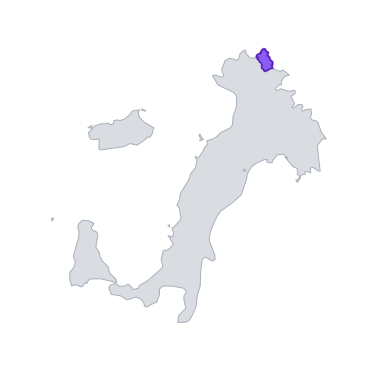 Valle d'Aosta, Aoste, Italy shown in context, rotated 76°
{"feature_id": "23120603B46910528128522", "entity_name": "Valle d'Aosta", "entity_type": "district", "adm_level": 2, "iso_a3": "ITA", "parent_name": "Italy", "parent_adm1": "Aoste", "projection": "orthographic", "projection_center": [7.355, 45.727], "detail": "fine", "context": "in_parent", "style": "filled", "palette": "violet", "viewbox_px": 384, "rotation_deg": 76, "n_neighbors": 0, "source": "geoboundaries", "source_scale": "gbopen_adm2", "svg_char_len": 7040}
<svg xmlns="http://www.w3.org/2000/svg" viewBox="0 0 384 384"><g transform="rotate(76 192 192)"><path d="M75.0,83.9L77.0,85.2L85.0,82.5L89.8,84.0L93.8,81.4L96.3,77.3L95.7,74.2L101.9,69.3L102.7,74.9L106.2,78.6L109.7,79.5L108.9,81.7L112.4,86.3L113.8,85.8L114.2,85.0L113.3,81.1L117.9,73.4L117.9,68.2L118.8,67.6L121.1,67.9L123.2,72.8L131.0,71.0L133.9,74.6L135.1,73.9L132.8,67.5L133.6,64.3L135.7,63.6L137.2,65.1L140.3,65.4L140.3,63.5L139.5,62.2L140.3,56.6L144.8,57.0L147.6,58.8L150.7,58.7L153.2,54.1L155.2,52.9L165.3,52.1L172.5,49.0L173.2,49.6L172.0,51.7L172.5,53.1L177.4,59.3L202.7,62.6L202.4,64.2L197.4,68.6L197.1,70.2L198.0,71.5L202.1,72.2L199.6,76.2L199.8,77.7L202.0,77.7L202.0,82.4L204.8,83.6L208.1,87.4L205.1,88.4L206.3,87.2L203.0,83.5L199.9,85.4L194.8,84.1L191.7,88.0L180.4,93.5L182.3,91.3L181.4,91.3L177.3,94.3L176.7,100.1L180.4,105.5L183.0,107.3L182.1,110.8L180.6,112.2L178.5,111.4L178.1,114.5L179.7,122.5L181.8,128.1L188.1,134.1L192.5,135.8L206.4,144.6L212.0,155.0L217.3,168.3L221.2,173.1L229.1,179.7L236.2,184.4L242.7,187.0L259.0,185.2L263.2,186.0L263.9,188.2L263.3,189.8L258.8,194.1L258.8,197.2L261.4,199.0L273.1,203.4L285.0,206.7L293.4,211.8L303.9,215.6L312.7,222.4L315.9,226.1L316.9,229.2L315.6,235.0L314.9,237.4L308.9,235.0L303.3,226.2L293.3,225.8L290.3,224.6L288.3,221.9L285.2,222.0L283.2,223.8L278.7,233.3L276.6,241.2L276.7,244.3L278.6,247.2L283.6,248.3L290.3,252.9L291.3,259.6L292.8,263.3L291.4,265.7L288.2,265.5L284.1,267.4L281.4,270.2L280.4,272.6L281.0,281.1L275.7,286.1L271.7,295.1L264.5,295.9L262.5,293.5L262.1,289.6L263.1,287.1L265.7,285.7L267.0,280.6L266.1,277.0L267.0,275.3L272.5,272.3L272.3,267.3L269.9,265.2L267.3,256.4L258.6,239.6L256.1,238.1L250.0,238.3L242.3,234.3L241.7,232.4L242.7,230.4L241.7,228.0L239.1,223.7L237.4,222.8L228.7,225.5L230.9,221.7L227.5,219.7L222.0,220.2L221.9,218.6L217.5,211.7L214.6,209.0L204.4,208.3L201.2,209.8L195.9,205.6L191.3,204.2L179.0,191.9L173.3,188.3L169.5,182.8L162.3,179.4L159.2,180.4L158.4,179.7L160.0,178.5L159.5,176.4L154.6,170.9L151.8,169.2L149.7,165.7L145.7,165.0L145.6,158.4L143.9,153.8L141.2,149.9L139.4,140.6L138.2,138.0L135.3,136.0L128.9,134.0L119.9,128.2L109.5,125.5L105.2,127.7L94.5,140.9L84.2,144.0L84.0,141.3L87.9,135.2L87.1,132.9L80.7,133.7L72.4,128.1L71.3,123.3L73.6,118.6L75.0,117.6L74.3,114.5L69.3,111.8L67.3,107.7L67.1,106.3L68.4,105.6L71.4,105.9L76.0,103.0L77.3,99.1L70.5,89.0L70.7,87.0L75.0,83.9ZM184.2,137.0L184.4,134.5L182.3,136.1L183.0,137.2L184.2,137.0ZM261.7,287.1L254.2,301.3L252.0,310.5L252.6,313.9L255.3,316.1L254.2,317.2L257.2,321.1L257.3,322.3L253.7,327.4L254.0,331.6L246.5,331.7L240.3,329.8L236.9,325.3L234.4,323.5L231.7,322.2L226.5,322.7L224.1,321.9L209.6,313.5L204.1,311.4L197.8,311.2L195.2,309.3L193.0,305.3L195.1,298.7L198.9,294.8L202.8,298.7L205.9,297.1L206.0,295.8L208.2,294.0L211.0,293.8L222.3,298.7L227.8,296.6L233.0,296.8L237.7,295.6L243.6,291.7L250.8,291.4L258.7,286.8L261.7,287.1ZM129.3,223.4L133.3,233.9L130.0,240.4L131.5,247.4L129.0,271.0L127.4,271.8L118.1,269.2L117.5,274.7L116.3,276.9L114.5,278.3L109.4,278.0L104.3,270.4L103.8,262.8L104.8,260.5L104.9,256.1L106.8,255.8L106.9,252.8L105.8,251.2L103.9,250.7L103.9,247.4L105.2,244.8L105.1,240.3L102.5,234.6L99.0,230.4L99.7,223.2L102.6,225.0L107.0,224.8L112.2,222.0L120.6,213.3L121.8,214.8L125.4,216.1L128.9,219.7L127.6,222.1L129.3,223.4ZM143.4,168.1L144.2,169.8L144.0,172.1L142.3,170.8L138.1,171.5L137.7,170.3L142.7,169.1L143.4,168.1ZM105.7,274.2L104.5,277.0L103.1,273.4L103.3,272.9L105.7,274.2ZM102.2,217.9L100.3,220.9L99.3,220.8L101.7,217.4L102.2,217.9ZM186.0,335.0L183.5,334.5L183.4,333.2L185.3,333.3L186.0,335.0ZM220.4,222.3L218.5,223.3L218.5,221.9L220.4,222.3Z" fill="#d9dde1" stroke="#a8b0b8" stroke-width="1"/><path d="M91.3,84.1L91.2,84.1L90.7,84.0L90.6,83.9L90.4,83.9L90.3,84.0L90.2,84.0L89.9,84.1L89.9,83.9L89.6,83.8L89.4,83.6L89.0,83.5L88.9,83.7L88.8,83.8L88.8,84.0L88.5,84.0L88.3,83.8L88.3,83.7L88.2,83.7L88.3,83.6L88.3,83.4L88.1,83.1L87.9,83.1L87.7,83.0L87.6,82.8L87.6,82.7L87.3,82.5L87.2,82.6L86.9,82.7L86.5,82.6L86.3,82.7L85.9,82.7L85.8,82.4L85.7,82.2L85.4,82.2L85.2,82.2L85.1,82.3L85.0,82.5L85.1,82.9L85.1,83.0L84.9,83.0L84.7,83.0L84.6,82.9L84.4,83.0L84.2,82.9L84.1,83.0L83.8,83.2L83.7,83.3L83.7,83.5L83.4,83.7L83.1,83.8L82.9,84.1L82.5,84.4L82.3,84.3L82.2,84.4L82.2,84.5L81.9,84.7L81.6,84.5L81.4,84.4L81.2,84.2L80.9,84.3L80.7,84.3L80.7,84.2L80.4,84.2L80.2,84.0L79.9,84.6L79.7,84.7L79.5,85.0L79.4,84.9L79.2,84.9L78.9,84.9L78.7,84.9L78.7,85.1L78.5,85.3L78.4,85.3L78.4,85.5L78.2,85.8L78.1,85.7L77.9,85.7L77.7,85.4L77.6,85.2L77.3,85.3L77.2,85.4L77.1,85.5L76.9,85.7L76.8,85.8L76.6,85.8L76.4,85.7L76.4,85.4L76.2,85.1L76.0,84.9L75.9,84.8L75.8,84.6L75.8,84.4L75.7,84.3L75.6,84.2L75.4,84.0L75.2,84.0L74.9,84.2L74.8,84.4L74.7,84.5L74.6,84.8L74.7,85.0L74.5,85.3L74.4,85.5L74.1,85.5L73.7,85.7L73.5,85.9L73.4,86.0L73.2,86.1L72.9,86.2L72.9,86.3L72.7,86.2L72.3,86.0L72.2,86.0L72.1,86.3L71.9,86.5L71.5,86.2L71.3,86.3L71.1,86.3L71.0,86.5L70.9,86.7L70.8,86.8L70.7,86.9L70.9,87.1L70.9,87.3L70.9,87.5L70.7,87.6L70.7,87.9L70.7,88.0L70.8,88.2L70.7,88.3L70.8,88.5L70.7,88.6L70.8,88.8L70.7,88.8L70.8,88.9L70.9,89.0L71.0,89.1L70.9,89.3L70.8,89.5L71.0,89.7L71.0,89.8L71.2,90.0L71.3,90.1L71.5,90.4L71.8,90.6L72.0,90.7L72.1,90.8L72.2,90.7L72.4,90.8L72.6,90.7L72.7,90.9L72.7,91.0L72.8,91.2L72.9,91.3L72.9,91.5L73.2,91.7L73.3,91.6L73.7,91.5L73.7,91.4L73.9,91.5L74.0,91.6L74.3,91.7L74.4,91.8L74.5,91.9L74.5,92.0L74.4,92.2L74.2,92.3L74.2,92.5L74.1,93.0L74.1,93.3L74.4,93.6L74.4,93.8L74.3,94.0L74.4,94.5L74.3,94.9L74.4,95.0L74.6,95.2L74.6,95.3L74.5,95.6L74.9,95.8L75.2,95.9L75.4,95.8L75.5,95.9L75.5,96.1L75.4,96.1L75.4,96.3L75.4,96.5L75.6,96.5L75.9,96.5L76.0,96.5L76.4,96.6L76.5,96.7L76.7,96.1L76.8,96.0L76.8,95.9L76.9,95.6L77.0,95.4L77.2,95.5L77.3,95.5L77.2,95.7L77.3,95.9L77.2,96.0L77.3,96.4L77.5,96.2L77.8,96.3L78.1,96.2L78.4,96.3L78.5,96.4L78.6,96.5L78.8,96.6L79.0,96.5L79.0,96.4L79.1,96.2L79.3,95.9L79.5,95.8L79.7,95.7L79.7,95.4L80.0,95.4L80.4,95.3L80.8,95.4L81.0,95.2L81.3,95.2L81.5,95.1L81.7,95.3L81.9,95.3L82.0,95.2L82.2,94.9L82.3,94.9L82.6,94.8L82.6,94.7L82.8,94.5L82.9,94.4L83.2,94.2L83.3,94.0L83.4,93.9L83.5,93.7L83.9,93.6L84.0,93.5L84.3,93.5L84.7,93.6L84.9,93.6L85.0,93.5L85.0,93.4L85.5,93.2L85.7,93.3L85.8,93.4L85.9,93.5L86.2,93.6L86.3,93.7L86.3,94.0L86.5,94.0L86.6,93.9L86.9,93.8L87.0,93.8L87.2,94.0L87.3,94.0L87.7,94.3L87.9,94.2L88.0,94.2L88.3,94.2L88.5,94.1L88.7,94.3L88.8,94.4L88.9,94.2L89.0,94.2L89.3,93.9L89.5,93.8L89.8,93.7L90.0,93.4L90.3,93.2L90.6,93.0L90.9,93.0L91.0,92.9L91.3,93.0L91.6,92.9L91.6,93.0L91.8,93.0L92.0,93.2L91.9,92.9L92.0,92.8L91.9,92.7L92.0,92.7L92.2,92.3L92.3,92.2L92.6,91.9L92.7,92.0L92.8,91.9L92.8,91.7L92.7,91.6L92.5,91.4L92.4,91.3L92.4,91.1L92.2,91.0L92.2,90.7L92.1,90.4L92.2,90.2L92.3,90.2L92.6,89.8L92.6,89.7L92.6,89.3L92.5,89.2L92.3,89.0L92.3,88.9L92.0,88.8L91.8,88.7L91.7,88.5L91.7,88.4L91.7,88.2L91.3,87.6L91.3,87.4L91.3,87.2L91.3,86.9L91.4,86.7L91.5,86.7L91.4,86.5L91.3,86.3L91.3,86.0L91.5,85.9L91.5,85.7L91.4,85.5L91.4,85.3L91.3,85.2L91.3,84.9L91.3,84.7L91.3,84.4L91.2,84.3L91.2,84.2L91.3,84.1Z" fill="#8b5cf6" stroke="#5b21b6" stroke-width="1.5"/></g></svg>